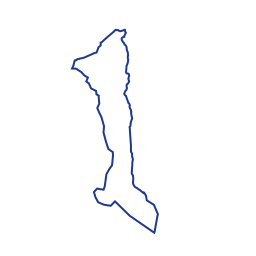 Gbarma, Gbapolu, Liberia (Natural Earth projection), rotated 126°
{"feature_id": "62588387B9251982733395", "entity_name": "Gbarma", "entity_type": "district", "adm_level": 2, "iso_a3": "LBR", "parent_name": "Liberia", "parent_adm1": "Gbapolu", "projection": "natural_earth1", "projection_center": [-10.728, 7.196], "detail": "fine", "context": "isolated", "style": "outline", "palette": "blue", "viewbox_px": 256, "rotation_deg": 126, "n_neighbors": 0, "source": "geoboundaries", "source_scale": "gbopen_adm2", "svg_char_len": 2924}
<svg xmlns="http://www.w3.org/2000/svg" viewBox="0 0 256 256"><g transform="rotate(126 128 128)"><path d="M197.3,45.2L196.5,45.4L185.1,50.9L182.2,52.3L180.1,53.2L174.9,61.9L175.5,70.3L172.1,73.8L170.6,77.5L170.1,77.7L171.5,77.5L171.4,79.9L171.2,81.7L171.4,83.3L171.3,85.6L171.6,87.3L171.2,89.1L170.3,90.7L170.2,90.9L169.9,91.2L169.2,91.9L167.4,93.0L165.4,94.3L164.9,94.8L163.4,96.3L162.8,98.0L162.7,98.1L161.7,98.9L161.4,99.0L159.2,100.5L156.1,102.3L152.9,104.5L150.8,105.4L150.5,105.6L149.4,106.9L148.7,107.9L148.3,108.2L146.5,109.4L145.9,110.6L145.4,111.7L143.4,113.2L141.9,114.3L141.3,114.6L137.5,117.8L133.9,120.8L133.1,121.5L128.7,125.2L127.2,126.3L126.3,127.3L125.1,127.2L123.7,127.9L122.8,128.5L122.5,128.7L121.0,129.3L120.0,129.7L118.9,129.9L117.9,130.2L116.2,132.1L114.5,133.9L113.9,134.4L113.0,135.1L112.9,135.0L111.6,136.4L111.0,137.8L110.0,139.2L108.4,140.0L108.0,140.7L107.5,141.6L107.5,141.9L107.5,142.4L107.0,143.0L106.5,143.8L104.8,146.3L103.2,148.6L103.2,149.5L103.1,150.1L102.7,150.9L102.6,151.2L102.0,151.3L101.0,151.6L99.4,151.9L98.1,151.7L96.5,152.2L96.2,152.4L95.3,153.5L95.0,153.8L93.8,154.4L93.5,154.6L93.0,154.4L92.4,154.2L91.0,154.2L89.6,154.5L89.0,155.3L88.9,155.4L88.2,156.5L87.6,156.8L84.8,157.9L84.3,158.6L83.8,159.3L84.1,160.1L84.5,161.2L84.6,161.3L84.4,161.6L83.9,162.6L82.6,163.2L80.5,164.5L79.9,164.9L78.7,165.7L77.0,166.0L75.6,166.5L75.1,166.7L74.8,166.8L73.4,167.5L72.9,167.8L72.5,168.2L71.6,169.2L71.3,169.4L71.2,169.5L70.3,170.2L69.7,170.4L69.0,170.7L67.8,171.9L67.0,172.6L66.8,172.8L65.7,174.7L64.0,176.2L63.2,177.0L62.8,177.8L62.6,178.4L62.5,179.1L62.4,180.0L61.6,181.3L61.5,182.2L60.5,184.7L59.4,185.7L58.6,185.8L57.7,185.6L56.4,184.6L55.5,185.2L54.2,185.4L53.6,185.5L52.2,185.7L51.8,186.7L51.2,187.6L50.4,188.0L50.4,188.4L51.8,189.3L52.0,189.4L53.7,190.6L54.4,191.3L54.6,192.3L54.6,193.2L54.6,193.7L55.0,194.1L55.2,194.3L55.6,194.9L55.6,195.5L55.9,195.7L59.0,196.3L64.5,197.6L67.8,198.4L71.4,199.2L73.8,199.6L74.0,199.7L75.0,200.3L77.3,198.6L78.7,199.0L80.1,199.3L80.3,199.2L82.1,198.7L85.4,197.8L85.5,197.8L86.8,199.0L87.3,199.3L91.8,201.9L94.1,203.3L96.8,204.8L97.5,205.4L97.9,205.7L100.3,207.9L100.6,207.9L101.1,208.5L101.9,209.3L103.5,209.7L103.5,210.0L103.9,210.1L104.0,210.1L104.7,210.8L107.8,209.6L109.7,208.8L112.8,208.2L110.8,205.4L110.5,204.9L110.4,202.6L110.2,198.8L110.9,195.2L111.1,194.6L111.0,193.2L110.8,190.1L114.9,189.1L114.9,185.9L117.7,181.1L117.5,180.1L116.8,175.6L119.3,173.3L119.2,171.9L119.0,170.7L120.7,169.5L125.1,165.6L126.0,165.4L129.9,164.6L132.3,160.6L132.6,160.1L134.8,155.9L140.7,148.4L146.0,145.2L151.5,138.4L152.3,137.4L152.6,137.0L156.5,131.6L156.5,128.1L156.4,126.1L159.2,123.9L167.5,119.0L171.7,119.0L178.1,118.3L188.9,112.5L192.3,111.5L195.1,117.3L198.0,117.7L199.8,117.9L203.1,113.7L205.3,109.1L205.6,108.5L204.2,102.4L202.4,98.8L201.1,96.3L195.8,95.5L195.0,95.4L198.0,75.0L197.3,45.2Z" fill="none" stroke="#1e3a8a" stroke-width="2"/></g></svg>